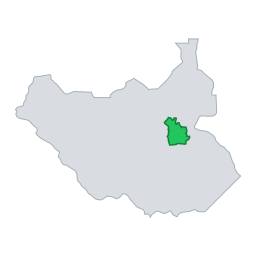 Uror, Jonglei, South Sudan shown in context
{"feature_id": "79223893B11973303944142", "entity_name": "Uror", "entity_type": "district", "adm_level": 2, "iso_a3": "SSD", "parent_name": "South Sudan", "parent_adm1": "Jonglei", "projection": "albers", "projection_center": [32.126, 7.693], "detail": "fine", "context": "in_parent", "style": "filled", "palette": "green", "viewbox_px": 256, "rotation_deg": 0, "n_neighbors": 0, "source": "geoboundaries", "source_scale": "gbopen_adm2", "svg_char_len": 4134}
<svg xmlns="http://www.w3.org/2000/svg" viewBox="0 0 256 256"><path d="M214.4,202.2L206.1,210.6L205.5,211.1L204.5,211.8L201.1,211.8L197.7,211.4L194.5,209.3L191.2,210.9L189.1,211.5L187.9,211.6L185.0,211.9L180.9,212.8L179.1,213.9L178.1,214.8L177.3,216.5L176.8,216.6L176.1,216.4L175.0,215.8L172.9,214.8L171.8,212.8L170.8,211.5L169.9,210.8L166.5,212.9L164.8,213.4L163.4,213.3L160.9,212.2L158.2,211.2L156.7,211.2L154.6,212.4L152.2,214.3L150.9,216.1L150.3,217.2L149.5,215.5L148.6,214.4L147.5,214.0L145.2,214.4L144.6,213.8L144.5,212.4L144.1,211.1L143.6,210.1L141.8,209.1L137.2,207.1L133.6,203.1L131.9,201.2L130.6,200.0L128.7,196.9L126.7,194.7L124.1,193.7L122.4,194.2L120.7,196.5L117.4,198.6L115.9,198.7L114.0,197.5L111.6,196.6L107.3,196.2L105.5,197.3L103.1,198.9L101.1,199.9L99.9,200.0L98.7,199.6L97.4,199.4L96.3,199.3L94.0,197.8L92.8,196.6L92.0,195.6L90.7,194.8L89.2,194.2L88.1,193.2L87.6,192.0L86.7,190.5L85.6,189.1L82.1,186.6L81.1,185.1L80.4,183.6L78.9,182.1L77.4,179.9L77.0,176.8L76.9,174.3L76.6,173.2L76.0,172.0L75.2,171.0L74.0,169.9L71.2,168.3L68.2,166.4L66.8,165.3L64.1,164.9L62.5,163.8L61.2,161.5L60.7,159.6L59.3,158.1L58.7,157.1L58.4,155.9L59.6,152.2L58.0,150.9L55.7,149.2L54.0,147.3L53.0,145.6L50.1,143.3L43.6,139.8L39.9,137.6L37.8,135.7L36.1,133.8L35.9,133.0L37.1,131.1L37.3,129.6L36.4,127.9L32.5,124.6L29.4,121.0L27.1,119.9L21.4,118.8L19.8,118.4L18.1,117.7L16.5,116.1L15.9,114.2L16.8,111.2L16.3,110.2L15.4,110.0L15.6,109.4L16.7,107.9L18.5,107.0L23.2,105.6L23.5,105.0L23.6,103.1L24.0,102.2L25.7,99.7L25.9,98.6L26.0,96.4L26.3,95.4L26.7,94.6L28.0,93.4L28.5,92.6L28.7,90.9L28.6,87.5L29.3,86.2L32.3,83.2L33.1,81.9L33.4,80.7L33.4,79.4L33.6,78.2L34.5,77.0L35.2,76.7L37.4,76.3L38.9,76.6L49.3,74.7L50.5,75.0L51.0,76.2L50.9,78.2L51.1,79.2L51.6,79.8L53.2,80.8L54.4,82.4L55.0,83.0L56.6,84.1L64.2,93.2L66.3,94.0L68.4,93.8L72.7,91.9L74.7,91.5L89.4,92.2L91.0,91.9L91.1,92.0L93.3,96.5L94.4,97.5L110.4,97.7L110.1,96.4L110.3,95.0L113.2,92.3L113.6,91.9L116.1,90.6L118.5,89.8L123.2,88.8L124.9,87.2L125.8,85.7L125.9,82.7L126.5,82.3L127.6,81.6L133.0,79.0L133.9,78.4L143.4,84.6L148.7,89.4L149.0,89.7L149.3,89.7L149.6,89.6L149.8,89.4L150.4,89.1L152.7,89.1L157.1,88.9L158.5,88.3L167.2,79.7L169.4,76.9L169.9,76.4L171.2,74.4L172.5,71.1L172.8,70.7L182.2,62.6L182.6,62.0L182.7,61.5L181.2,58.7L180.9,57.4L180.9,55.2L181.1,51.9L181.0,49.9L180.9,49.3L180.8,49.2L175.6,43.2L188.9,43.2L188.9,42.4L188.9,42.2L188.6,41.5L188.5,40.5L188.5,40.0L188.6,39.5L188.6,39.3L188.5,39.0L188.5,38.9L198.2,38.9L198.0,40.6L196.9,44.6L196.9,46.9L196.6,49.6L196.3,50.4L195.8,51.1L195.7,51.4L195.7,51.7L197.7,66.8L197.5,67.5L197.0,68.4L196.9,68.7L196.8,68.9L197.1,69.1L201.5,70.7L201.7,70.8L201.9,71.0L203.5,72.9L212.2,80.1L212.5,80.4L213.4,82.7L213.5,83.0L213.6,83.6L213.5,84.0L213.3,85.3L213.4,85.9L213.6,86.3L213.7,86.8L213.7,87.0L213.6,87.3L212.3,89.9L211.9,91.8L211.8,93.3L211.9,94.2L212.0,94.8L212.1,95.0L212.3,95.1L216.0,95.1L216.0,95.9L216.6,109.6L216.6,111.2L216.4,113.1L216.0,113.8L214.9,114.9L213.6,115.9L210.2,116.2L207.4,116.2L205.3,116.0L202.6,115.9L200.0,116.1L199.1,117.0L195.7,124.2L194.6,126.1L194.3,127.1L194.6,127.8L196.0,128.7L198.9,130.0L202.3,130.7L204.8,131.0L206.5,131.4L207.8,131.8L212.6,135.0L214.2,136.6L215.1,137.9L215.3,139.4L216.0,140.8L220.3,145.4L224.5,147.5L226.1,149.9L227.7,151.1L229.1,152.3L229.9,154.2L231.8,159.7L233.0,162.5L234.3,164.9L234.8,168.7L235.8,170.4L236.8,172.4L238.5,174.3L240.3,175.7L240.6,176.1L222.6,194.0L214.4,202.2Z" fill="#d9dde1" stroke="#a8b0b8" stroke-width="1"/><path d="M185.9,143.7L185.9,140.8L188.3,139.8L189.7,137.4L189.5,136.4L189.1,136.7L186.6,136.0L186.8,134.3L185.6,133.5L186.8,131.9L186.9,131.3L186.0,127.2L182.5,126.9L181.5,127.7L181.1,127.5L181.2,126.7L179.8,125.1L178.9,122.7L177.5,122.9L176.6,124.3L175.7,123.8L175.4,121.8L176.3,118.5L175.8,118.0L174.0,118.1L173.7,119.8L172.1,120.2L172.2,119.6L170.5,117.9L168.3,117.6L168.2,118.0L167.9,118.8L164.6,122.2L164.5,123.1L166.0,124.3L168.6,126.5L168.2,129.9L169.0,130.1L169.2,130.9L168.5,131.8L168.3,135.2L167.3,136.4L168.3,138.4L168.5,141.4L169.8,145.1L176.4,144.4L177.2,143.5L185.5,144.1L185.9,143.7Z" fill="#22c55e" stroke="#15803d" stroke-width="1.5"/></svg>